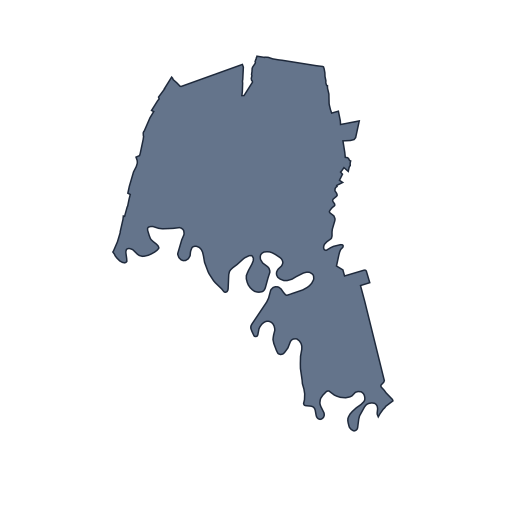 Victoria, Iasi, Romania, rotated 164°
{"feature_id": "2599482B79977149593051", "entity_name": "Victoria", "entity_type": "district", "adm_level": 2, "iso_a3": "ROU", "parent_name": "Romania", "parent_adm1": "Iasi", "projection": "mercator", "projection_center": [27.595, 47.318], "detail": "fine", "context": "isolated", "style": "filled", "palette": "slate", "viewbox_px": 512, "rotation_deg": 164, "n_neighbors": 0, "source": "geoboundaries", "source_scale": "gbopen_adm2", "svg_char_len": 6090}
<svg xmlns="http://www.w3.org/2000/svg" viewBox="0 0 512 512"><g transform="rotate(164 256 256)"><path d="M287.8,451.2L298.0,442.0L297.8,441.8L305.9,435.6L305.8,433.7L307.7,432.4L316.3,424.7L314.5,423.0L319.8,418.1L329.1,406.8L329.6,406.6L330.5,405.4L331.1,402.8L331.1,401.9L332.4,399.0L339.3,386.0L340.3,384.6L344.1,384.1L343.9,380.6L344.2,378.9L344.7,377.6L346.5,374.9L350.6,370.5L358.5,358.0L361.9,351.7L359.9,349.8L362.3,345.7L365.7,339.2L366.3,338.7L371.4,330.3L372.5,331.0L373.8,327.8L379.8,316.9L380.1,315.9L385.3,307.8L391.7,300.0L392.5,299.3L391.6,296.8L391.3,294.9L390.3,292.4L388.3,288.8L386.2,286.7L384.1,285.6L383.0,285.7L382.2,286.0L381.6,286.5L381.0,289.3L380.2,295.0L379.8,296.3L378.9,297.8L377.8,298.4L376.3,298.3L375.2,297.9L373.1,296.4L372.5,295.7L369.5,290.4L368.1,288.7L365.3,287.0L363.3,286.6L359.4,286.4L356.3,286.8L352.4,287.7L349.7,288.7L347.6,290.0L347.2,290.5L347.1,291.1L347.4,292.9L348.6,295.1L350.8,298.1L352.2,300.4L352.7,301.8L353.0,305.1L353.1,310.6L352.6,312.4L352.1,313.0L351.4,313.4L349.3,313.4L347.0,312.8L341.9,309.4L338.3,307.9L328.1,305.4L321.7,304.4L320.9,303.9L320.1,303.3L318.9,301.7L318.5,300.2L318.9,297.5L319.5,296.2L323.0,291.9L330.5,280.0L330.8,279.0L330.6,276.3L330.4,275.4L329.0,272.9L327.2,271.6L324.9,271.1L321.8,272.0L319.3,274.4L317.8,278.1L317.0,279.4L315.3,281.6L314.5,282.1L312.7,282.3L311.6,282.1L310.3,281.6L308.1,279.8L306.8,277.3L306.3,274.4L306.5,270.4L307.2,264.1L306.4,254.0L306.0,251.8L303.6,243.9L302.5,241.5L298.1,233.9L296.7,230.6L296.1,229.9L295.1,229.5L293.6,229.8L292.4,231.0L291.8,232.3L287.3,245.7L285.7,248.5L284.1,249.8L281.6,251.1L276.6,253.0L268.6,256.9L267.2,257.4L262.5,258.2L260.1,257.6L259.6,256.8L259.1,254.7L259.9,252.2L262.2,249.3L267.2,244.2L269.2,241.8L270.7,239.8L271.6,236.7L271.7,233.2L271.4,230.3L270.3,227.1L268.8,224.5L267.1,222.4L264.9,221.1L263.2,220.4L260.0,220.0L258.7,220.3L257.2,221.2L255.9,222.7L250.5,231.6L247.2,236.5L246.8,238.0L246.9,240.6L247.7,242.4L251.5,247.4L252.5,250.9L252.6,251.9L252.3,253.3L252.0,254.4L251.1,256.0L249.3,257.1L247.3,257.6L244.3,257.1L241.8,256.2L239.6,254.7L237.0,252.2L233.2,247.7L232.4,246.3L232.0,245.0L231.9,243.9L231.9,242.6L232.4,241.5L233.2,240.4L234.3,239.3L238.1,237.4L239.4,236.3L240.6,234.9L241.2,233.4L241.4,232.1L241.2,230.8L240.9,229.5L239.2,227.2L236.0,224.7L232.8,223.8L227.8,223.8L223.0,225.1L215.0,226.6L211.9,226.5L210.4,226.1L208.8,225.4L206.7,223.0L206.3,222.0L206.2,220.8L206.7,218.4L207.3,217.2L210.0,214.4L212.8,212.7L215.3,211.7L220.4,210.5L236.8,209.7L237.6,209.9L238.4,210.7L239.7,213.6L241.0,217.4L242.8,219.8L244.0,220.5L245.9,221.1L248.2,221.0L250.8,219.6L251.6,218.6L255.5,212.1L258.3,208.9L278.8,191.6L280.0,190.3L280.6,189.1L280.9,187.6L280.7,184.7L280.0,180.4L279.7,179.3L278.9,178.8L277.9,178.6L277.0,178.7L276.0,179.7L273.2,185.2L271.7,186.9L269.3,188.8L266.9,189.9L265.1,190.3L263.6,190.3L261.9,189.8L260.5,188.9L259.3,187.7L258.3,185.7L257.9,183.6L258.0,181.2L258.4,179.4L260.8,175.3L261.8,173.2L262.7,171.0L263.0,166.9L262.4,159.6L261.8,156.5L261.4,155.8L259.5,154.5L257.5,154.4L256.5,154.6L254.7,155.7L250.7,158.8L246.5,164.3L245.3,165.2L244.2,165.7L242.9,165.9L240.4,165.4L239.5,164.9L237.7,162.4L236.8,159.5L236.8,156.8L237.7,153.7L240.8,147.4L243.0,140.4L244.3,135.6L245.9,123.9L246.6,120.5L246.6,114.8L247.2,110.0L249.0,104.5L250.9,101.1L250.9,100.1L250.6,99.2L249.6,98.5L244.5,96.5L243.1,95.6L242.3,94.6L241.7,93.2L241.6,91.4L242.1,86.4L242.1,84.8L241.7,83.5L241.1,82.5L240.3,81.8L239.4,81.3L238.2,81.2L236.8,81.6L235.6,82.3L234.5,83.7L234.0,85.2L233.9,86.5L235.2,93.6L235.3,95.7L235.1,97.2L233.9,100.0L233.0,101.4L230.1,103.8L225.5,106.4L223.8,106.4L223.0,106.0L219.1,100.8L217.0,99.0L213.9,96.9L208.9,95.0L204.6,94.7L202.3,95.1L198.0,97.6L195.2,97.6L192.2,96.4L190.8,94.3L190.4,93.0L190.3,91.5L190.5,89.5L191.2,87.6L192.4,86.3L196.0,84.3L201.5,82.4L206.3,80.0L209.1,78.2L211.3,76.0L212.4,74.5L213.1,72.5L213.4,70.1L213.5,67.0L213.4,65.4L212.3,63.0L210.7,61.3L209.9,60.8L208.7,60.8L207.5,61.1L206.3,61.9L205.6,63.0L202.2,70.9L200.5,73.8L193.4,80.9L191.7,82.2L190.2,82.9L188.3,83.2L185.2,82.9L182.6,81.7L181.7,80.6L181.2,79.5L180.9,78.3L181.0,76.9L181.2,75.6L182.8,71.7L183.1,70.4L182.8,67.7L180.2,70.3L176.0,73.6L174.1,74.6L172.6,75.8L164.3,79.0L164.4,80.5L168.8,88.8L169.7,91.4L171.8,95.6L171.8,96.8L171.2,97.6L168.1,99.4L167.0,100.8L164.0,182.1L163.7,198.8L154.0,199.0L154.1,211.1L154.6,212.1L155.8,212.6L176.4,212.4L176.3,218.7L181.4,224.2L176.0,234.3L174.5,236.8L172.8,238.9L170.2,240.4L169.7,241.0L169.4,242.2L170.0,243.0L171.6,243.6L178.9,243.9L182.0,243.4L186.7,242.1L187.3,242.2L188.3,242.9L188.7,243.4L188.8,244.7L188.6,245.8L187.8,247.4L186.8,248.5L184.1,250.1L179.2,251.9L178.5,252.4L177.4,254.3L176.3,258.2L175.2,260.8L170.5,268.2L169.9,269.6L169.8,270.3L170.1,273.1L172.9,276.9L173.2,277.6L173.3,278.2L173.1,278.7L171.8,279.9L169.6,281.4L166.8,282.6L166.2,283.2L166.1,284.5L167.1,287.3L167.0,288.2L166.8,288.7L166.0,289.5L162.1,291.2L161.3,291.9L161.1,293.1L161.4,294.6L162.1,296.7L162.1,297.2L161.3,299.1L160.3,300.0L158.9,300.5L159.0,301.6L152.4,302.8L154.9,305.8L150.3,310.8L151.6,313.4L150.3,314.1L147.1,316.7L144.0,311.9L142.0,315.6L141.3,316.4L140.5,316.9L139.9,319.3L138.8,321.3L139.3,321.6L139.8,322.3L140.2,324.3L140.4,324.6L141.1,325.4L143.0,326.2L142.1,331.2L140.7,342.7L133.4,341.0L129.6,340.9L127.6,342.3L119.5,357.4L138.5,359.1L137.7,362.6L136.9,372.5L143.9,372.5L144.1,376.1L143.9,380.9L143.7,382.4L141.3,391.6L141.0,397.6L140.4,399.9L140.7,399.9L141.1,400.5L141.2,403.1L140.5,405.3L140.2,409.5L139.3,413.1L138.9,417.1L139.0,419.2L139.7,419.8L145.8,422.4L176.8,436.9L180.2,438.3L185.6,440.9L189.5,443.6L192.7,444.7L193.0,444.5L200.0,447.8L200.3,447.2L201.0,446.5L201.6,445.2L202.0,445.0L203.3,443.1L203.2,442.3L203.7,441.4L207.3,438.4L208.1,437.2L208.2,436.5L208.6,435.9L208.8,434.9L210.3,431.6L210.2,430.5L211.6,428.0L211.8,426.1L211.3,425.2L211.5,424.0L223.3,413.5L225.4,414.1L223.9,417.5L221.2,425.8L220.8,427.9L220.1,429.3L216.1,441.0L216.3,443.9L281.2,439.6L282.2,440.1L284.4,444.3L287.1,448.5L287.1,449.7L287.8,451.2Z" fill="#64748b" stroke="#1e293b" stroke-width="1.5"/></g></svg>